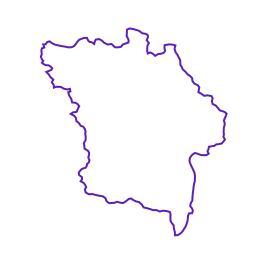 Santa Rita de Jacutinga, Minas Gerais, Brazil, rotated 99°
{"feature_id": "56859067B71709510616947", "entity_name": "Santa Rita de Jacutinga", "entity_type": "district", "adm_level": 2, "iso_a3": "BRA", "parent_name": "Brazil", "parent_adm1": "Minas Gerais", "projection": "natural_earth1", "projection_center": [-44.096, -22.111], "detail": "fine", "context": "isolated", "style": "outline", "palette": "violet", "viewbox_px": 256, "rotation_deg": 99, "n_neighbors": 0, "source": "geoboundaries", "source_scale": "gbopen_adm2", "svg_char_len": 3125}
<svg xmlns="http://www.w3.org/2000/svg" viewBox="0 0 256 256"><g transform="rotate(99 128 128)"><path d="M39.0,94.1L38.7,97.4L39.0,100.6L40.4,104.7L43.2,104.6L45.8,103.4L48.1,104.4L49.5,106.9L50.1,109.6L52.5,112.5L50.8,115.0L49.9,117.8L51.3,120.1L48.5,121.2L45.3,121.6L43.2,121.6L40.8,120.7L38.3,123.3L34.8,122.4L32.9,123.3L32.2,125.6L32.2,128.7L30.3,132.2L29.8,135.8L29.4,138.8L29.5,142.2L31.1,144.4L34.5,144.0L37.4,143.7L39.4,142.2L41.3,141.1L43.6,141.0L44.9,143.6L46.2,146.1L48.9,147.6L49.9,150.4L50.3,153.6L47.6,157.4L48.7,161.1L47.6,164.9L45.8,167.3L44.7,170.3L45.7,173.7L48.0,174.4L50.3,174.5L49.0,177.1L48.9,179.6L47.4,181.4L45.4,182.6L45.9,185.5L47.1,187.6L48.3,189.8L50.2,191.2L52.7,192.4L55.3,193.8L57.1,196.3L57.7,199.9L57.5,202.3L57.5,204.9L57.4,207.7L57.3,210.4L57.1,213.2L56.1,216.4L54.7,219.1L55.8,221.3L58.2,222.4L58.7,224.8L61.6,223.3L62.9,225.6L65.4,225.6L68.5,224.7L71.2,225.2L73.5,223.9L74.9,222.2L77.1,223.2L78.2,221.2L78.8,218.9L78.5,216.4L79.3,214.2L80.9,212.2L82.7,212.9L84.2,215.4L85.4,217.4L87.4,214.8L90.3,212.0L91.8,209.4L94.9,210.4L96.8,208.2L99.7,207.5L98.5,205.2L97.9,200.7L99.2,197.6L99.4,193.6L98.4,191.5L100.9,190.6L102.0,192.6L104.8,191.4L108.1,188.6L111.5,187.2L111.3,183.8L112.2,181.7L114.0,179.6L116.6,180.4L120.1,181.3L121.2,184.8L123.1,186.7L124.4,182.9L126.3,180.9L129.0,180.2L130.9,177.2L133.2,175.1L133.7,172.5L135.9,170.3L138.2,169.3L140.2,169.4L143.1,168.4L146.9,168.0L149.9,169.3L152.2,168.4L155.1,167.7L156.9,163.8L158.6,162.5L160.7,162.3L163.4,162.6L165.9,161.0L168.1,161.3L169.9,162.8L171.9,162.8L173.9,163.7L175.7,167.3L177.6,168.5L179.6,169.7L182.1,168.9L183.7,165.9L185.7,165.3L188.0,166.4L189.2,163.2L190.8,161.5L193.0,160.0L195.4,161.0L198.4,159.6L199.6,155.9L198.7,152.8L199.2,150.0L199.4,145.9L199.4,142.2L200.9,139.3L203.9,137.5L205.2,134.7L204.6,132.3L204.0,129.7L202.7,127.4L202.9,124.6L203.0,121.2L200.6,118.5L198.1,116.3L197.1,114.0L198.5,111.1L199.2,108.7L199.5,105.4L201.3,102.5L204.0,100.2L204.2,96.8L204.6,93.8L205.2,90.2L204.6,86.9L205.5,83.7L204.2,80.5L204.0,76.8L204.4,73.5L206.3,72.6L208.3,72.3L210.3,72.0L213.0,71.5L215.3,69.7L217.0,67.6L219.7,67.1L223.3,65.5L226.6,64.8L226.0,62.1L223.8,59.5L221.6,58.0L219.3,57.0L216.0,55.6L211.5,54.8L208.7,54.7L205.5,55.0L202.7,54.3L202.2,51.4L199.5,51.0L197.4,52.2L195.6,54.3L192.6,54.3L189.4,53.1L186.1,53.5L182.4,53.8L179.4,53.8L175.9,54.0L172.8,54.0L170.5,53.7L168.3,53.9L164.7,54.4L162.4,55.1L160.3,56.3L157.9,57.9L155.2,59.8L152.9,61.2L150.6,62.2L147.7,62.2L144.3,60.3L142.1,57.9L142.7,54.7L143.3,51.3L142.7,46.7L140.8,44.3L138.6,45.8L136.4,45.2L133.9,45.2L132.9,42.4L132.1,39.9L130.4,38.3L129.7,35.8L128.7,33.1L126.7,31.8L124.2,30.4L121.7,32.4L119.5,32.2L117.1,32.9L112.6,33.4L109.9,33.0L107.7,33.4L105.6,34.5L103.1,33.9L100.7,33.2L98.3,32.9L97.0,35.3L96.2,40.0L94.2,42.3L92.2,44.6L91.0,48.2L88.3,49.3L85.6,49.0L83.4,50.5L83.3,54.7L84.3,57.8L82.5,61.3L81.7,64.0L79.5,64.0L76.7,63.9L74.8,65.8L73.8,69.3L71.7,71.6L68.7,72.5L66.9,74.9L65.8,77.4L63.5,80.0L61.5,83.2L59.4,84.3L57.8,86.0L55.6,86.5L52.8,87.1L50.2,89.0L47.9,90.7L45.8,92.8L42.3,94.5L39.0,94.1Z" fill="none" stroke="#5b21b6" stroke-width="2"/></g></svg>